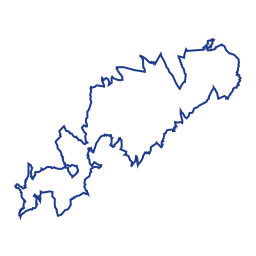 the district of Huaquechula, Puebla, Mexico
{"feature_id": "50627088B22944090632500", "entity_name": "Huaquechula", "entity_type": "district", "adm_level": 2, "iso_a3": "MEX", "parent_name": "Mexico", "parent_adm1": "Puebla", "projection": "robinson", "projection_center": [-98.531, 18.757], "detail": "fine", "context": "isolated", "style": "outline", "palette": "blue", "viewbox_px": 256, "rotation_deg": 0, "n_neighbors": 0, "source": "geoboundaries", "source_scale": "gbopen_adm2", "svg_char_len": 5724}
<svg xmlns="http://www.w3.org/2000/svg" viewBox="0 0 256 256"><path d="M16.6,184.3L16.0,186.0L15.5,186.0L15.4,186.5L16.2,187.9L18.7,188.3L20.9,191.2L20.7,192.3L21.7,192.9L21.4,195.8L22.0,197.6L25.1,201.1L24.2,201.4L24.7,202.1L23.8,203.3L23.4,206.2L24.1,207.9L22.8,208.9L22.1,208.4L20.7,209.6L21.0,210.6L20.0,210.9L20.1,212.0L19.2,212.9L19.6,214.1L19.3,215.4L20.2,215.6L20.5,216.9L21.2,214.8L26.0,211.1L30.6,209.2L32.1,209.6L32.9,208.1L34.9,208.3L35.9,207.1L36.7,205.2L36.4,204.6L37.1,204.3L36.2,203.3L36.6,202.4L36.1,201.4L36.8,198.9L35.6,197.1L35.7,196.5L34.0,196.1L34.7,194.7L37.3,196.8L38.2,196.5L39.0,199.5L40.1,201.3L40.5,197.9L39.9,196.2L40.8,193.6L40.7,191.6L42.8,192.6L49.9,191.4L52.6,192.1L52.2,196.3L54.8,198.9L54.7,204.6L55.2,207.5L56.8,209.6L56.5,210.2L58.1,216.5L58.3,215.7L60.7,214.9L62.2,213.6L65.1,210.1L67.8,209.3L68.7,208.3L70.8,204.8L70.5,199.6L72.0,199.2L72.1,198.6L72.8,198.6L73.6,197.6L73.8,198.1L76.8,196.0L79.4,195.5L83.7,192.7L85.8,194.0L86.8,193.5L88.2,194.5L87.9,193.3L87.1,193.0L87.0,190.9L86.1,190.7L84.3,186.6L85.4,184.5L84.4,183.8L85.0,179.7L86.7,177.9L88.8,176.9L89.5,175.8L90.2,172.6L91.2,172.0L90.5,169.7L91.1,168.7L94.6,166.9L98.0,167.3L98.9,168.1L101.0,166.5L101.2,165.1L99.6,165.4L94.3,162.2L92.0,165.9L89.7,163.3L89.3,159.2L87.7,158.0L88.7,156.3L88.3,155.4L87.5,155.4L87.6,154.9L88.9,150.7L89.5,150.8L89.3,149.0L88.3,149.1L88.3,148.5L89.0,148.2L89.3,148.7L90.2,148.7L91.0,148.2L91.0,149.5L91.8,149.9L92.3,151.9L93.4,152.4L96.3,143.3L100.8,136.5L103.7,135.4L104.1,135.7L104.8,134.6L106.4,135.6L107.2,134.8L109.4,135.9L110.5,135.0L111.1,135.2L111.3,137.9L112.1,138.1L111.7,138.4L111.5,143.1L110.5,145.1L112.0,145.4L111.8,146.1L113.0,147.0L114.6,145.9L114.5,144.8L115.6,143.6L118.1,141.5L119.2,138.1L120.2,138.1L120.4,139.7L121.4,139.9L121.7,143.9L121.6,147.3L120.5,149.2L126.3,151.7L126.1,153.2L124.8,154.6L126.3,154.5L126.3,155.1L128.5,156.0L130.0,160.0L132.2,162.2L131.1,166.6L135.5,160.7L136.1,156.1L136.7,156.4L136.4,157.7L137.2,158.1L136.5,159.4L137.4,159.9L136.7,161.1L137.7,161.5L137.3,162.8L137.8,165.2L138.2,164.1L139.5,163.3L141.5,160.4L142.9,157.5L143.1,155.6L143.8,155.0L145.0,152.5L146.6,153.2L146.9,152.5L148.3,153.1L148.6,152.6L149.4,153.4L150.8,150.2L150.8,147.2L156.5,143.3L156.6,142.7L160.8,146.9L160.9,146.4L161.9,146.6L162.6,144.4L161.7,144.2L161.7,142.2L162.1,141.1L163.2,141.1L162.9,140.2L164.4,135.0L164.0,133.9L165.6,133.3L166.9,130.4L168.8,129.8L172.8,129.5L173.0,131.1L174.5,131.0L174.2,127.7L175.5,127.6L175.3,126.5L176.4,126.3L175.5,124.7L175.1,122.0L177.8,122.6L181.1,122.1L182.2,122.9L182.4,121.1L180.7,114.1L180.7,110.6L181.7,112.4L183.1,113.6L184.9,117.0L186.7,118.3L188.7,115.8L189.6,113.0L192.1,112.8L192.9,111.9L194.0,108.6L196.1,107.5L196.9,107.7L199.2,105.6L206.6,101.7L207.3,99.9L209.0,98.6L208.7,97.2L211.9,90.7L213.7,88.3L213.7,87.4L215.6,90.1L216.0,91.6L217.0,92.5L218.3,98.7L224.5,96.0L226.1,97.0L226.2,98.7L228.0,98.7L228.0,97.6L232.8,90.6L233.2,88.7L234.8,87.6L236.6,87.7L236.8,86.2L238.7,85.2L238.6,84.3L237.7,83.8L240.1,80.7L239.2,79.8L240.6,78.1L239.4,77.2L239.2,75.2L237.7,74.6L237.3,75.2L236.7,74.8L237.5,73.1L236.7,72.3L237.8,70.9L238.2,67.4L238.9,65.8L238.4,64.6L239.0,62.8L238.5,59.2L234.4,55.0L230.7,53.5L229.5,53.5L226.1,50.1L224.6,46.5L223.3,45.4L222.2,45.4L221.8,44.6L215.5,47.4L215.6,48.5L213.9,49.4L211.6,50.0L211.1,49.6L210.5,50.3L207.7,50.3L207.6,48.5L206.7,48.6L206.5,47.9L207.3,47.1L209.4,47.6L211.2,46.8L211.3,46.4L210.4,45.8L212.3,43.8L212.7,41.2L214.0,39.9L212.9,39.2L212.3,39.1L210.6,40.7L210.3,40.3L207.9,40.9L207.7,43.3L208.1,43.7L203.3,47.9L204.3,49.2L203.7,49.7L187.2,50.9L186.1,49.3L184.3,55.1L184.1,57.7L178.5,56.3L178.9,58.0L180.3,60.3L180.4,62.1L181.2,63.0L181.1,64.1L181.9,65.1L182.3,67.2L183.7,68.9L184.9,73.8L185.8,74.3L184.9,81.8L183.7,82.3L182.3,83.9L180.0,88.3L180.1,89.5L176.1,83.4L172.7,75.7L169.1,71.8L168.3,69.1L166.6,67.1L164.9,62.6L161.4,56.2L160.8,53.9L155.2,63.7L154.9,62.6L153.6,63.6L153.1,62.2L151.9,62.9L151.4,62.0L150.0,62.8L145.3,58.4L140.8,55.8L139.5,55.6L141.0,56.5L143.0,59.7L143.3,67.5L144.5,68.7L144.9,71.8L134.6,70.1L123.3,67.1L116.8,67.3L117.1,68.4L116.7,68.6L118.8,72.4L122.2,76.5L122.5,79.8L120.2,80.2L117.5,79.8L113.8,78.4L112.2,76.7L111.5,78.3L111.7,82.8L108.8,84.9L109.2,82.5L108.1,79.2L105.9,78.0L103.7,80.1L102.2,78.0L101.8,80.0L104.1,85.3L104.1,86.6L97.0,85.3L95.7,86.0L95.4,86.6L92.5,87.6L91.0,86.9L90.5,88.5L91.0,89.6L91.0,92.1L90.1,94.9L90.8,96.6L90.3,99.3L91.3,102.1L89.0,109.4L87.3,111.9L87.4,117.6L86.1,118.5L85.9,122.1L86.7,123.6L87.0,126.3L85.8,126.5L85.4,125.8L83.7,125.3L81.9,127.8L84.2,132.0L86.2,133.7L85.2,136.3L85.7,140.8L87.4,142.6L85.2,143.4L85.2,144.0L83.9,143.8L80.6,140.1L78.5,140.2L77.6,138.3L76.3,137.7L76.2,136.7L75.1,137.0L73.7,136.5L71.7,133.6L69.8,133.3L69.5,132.2L68.5,131.4L66.1,130.8L64.0,126.2L59.3,131.1L60.5,134.5L60.0,135.1L60.7,136.4L56.8,140.3L55.7,141.6L55.7,142.4L57.4,145.4L57.6,148.3L60.4,151.2L61.6,154.0L61.3,155.4L62.8,156.8L62.4,157.6L62.9,158.0L62.6,158.6L63.2,159.9L63.1,160.8L64.1,162.9L65.0,163.3L64.5,164.3L66.2,165.2L67.9,165.1L70.1,166.4L71.7,165.0L74.6,165.6L75.2,166.3L76.7,165.8L78.1,170.6L77.3,171.5L77.6,172.3L77.2,172.8L72.3,177.2L71.7,175.2L70.2,174.2L69.6,172.5L68.2,171.0L68.0,167.9L65.3,167.6L65.3,166.5L62.2,168.7L59.3,168.9L55.6,168.2L54.5,167.3L51.9,168.2L51.1,167.2L47.5,166.9L43.0,169.8L41.5,168.6L41.2,170.5L39.0,171.9L35.2,172.2L35.2,175.3L34.5,175.6L34.2,176.8L33.1,177.4L32.8,179.0L32.0,178.5L32.4,177.2L30.8,176.7L31.4,175.1L31.2,173.4L30.7,172.7L32.2,167.9L31.5,167.3L31.1,165.6L28.5,163.7L28.5,174.7L26.7,179.4L25.9,179.4L25.4,180.8L25.9,181.7L25.2,182.2L25.5,185.0L24.5,185.7L25.7,187.3L23.2,188.5L22.5,188.2L21.9,187.1L19.9,186.4L17.8,184.3L16.6,184.3Z" fill="none" stroke="#1e3a8a" stroke-width="2"/></svg>